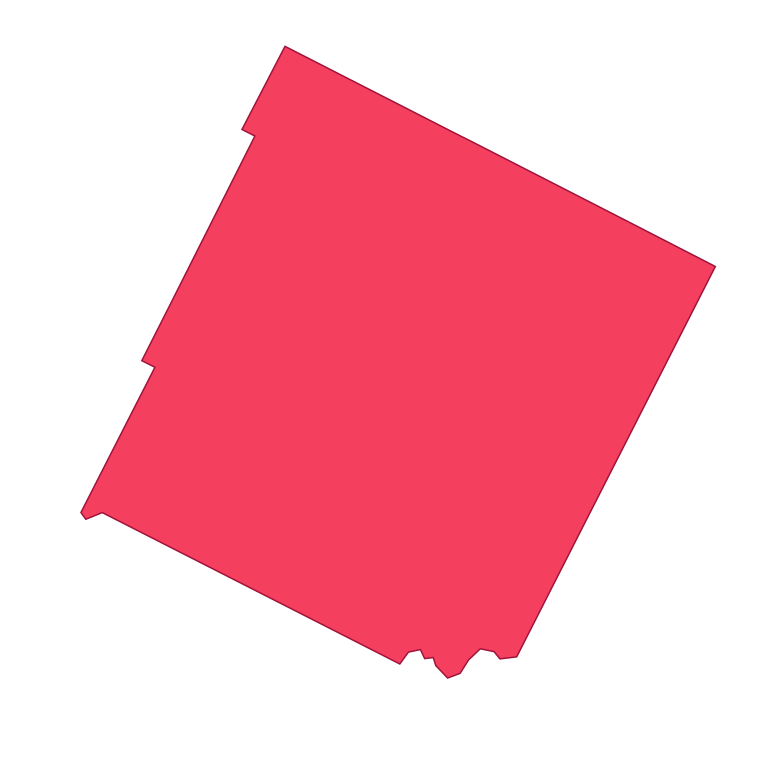 Oglala Lakota, South Dakota, United States of America, rotated 207°
{"feature_id": "52423323B93521061144521", "entity_name": "Oglala Lakota", "entity_type": "district", "adm_level": 2, "iso_a3": "USA", "parent_name": "United States of America", "parent_adm1": "South Dakota", "projection": "mercator", "projection_center": [-102.605, 43.353], "detail": "fine", "context": "isolated", "style": "filled", "palette": "rose", "viewbox_px": 768, "rotation_deg": 207, "n_neighbors": 0, "source": "geoboundaries", "source_scale": "gbopen_adm2", "svg_char_len": 507}
<svg xmlns="http://www.w3.org/2000/svg" viewBox="0 0 768 768"><g transform="rotate(207 384 384)"><path d="M142.0,294.8L142.1,639.1L251.9,639.5L412.4,639.8L437.0,639.7L625.5,639.9L626.1,546.3L611.6,546.3L610.6,357.8L610.4,294.8L595.7,294.9L595.7,131.9L588.3,128.1L576.7,141.5L242.8,141.7L240.5,156.2L231.0,163.9L223.1,157.8L215.9,162.6L210.0,156.6L193.8,150.9L184.8,160.8L183.4,176.4L178.0,191.8L164.4,195.5L155.9,191.7L141.9,201.1L142.0,294.8Z" fill="#f43f5e" stroke="#9f1239" stroke-width="1.5"/></g></svg>